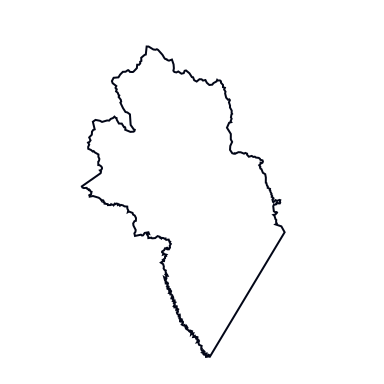 Sandia, Puno, Peru, rotated 145°
{"feature_id": "86281439B32032082656225", "entity_name": "Sandia", "entity_type": "district", "adm_level": 2, "iso_a3": "PER", "parent_name": "Peru", "parent_adm1": "Puno", "projection": "albers", "projection_center": [-69.323, -13.833], "detail": "fine", "context": "isolated", "style": "outline", "palette": "ink", "viewbox_px": 384, "rotation_deg": 145, "n_neighbors": 0, "source": "geoboundaries", "source_scale": "gbopen_adm2", "svg_char_len": 6083}
<svg xmlns="http://www.w3.org/2000/svg" viewBox="0 0 384 384"><g transform="rotate(145 192 192)"><path d="M132.5,312.0L135.5,312.8L136.6,314.3L136.6,315.3L137.6,316.2L137.8,317.6L137.5,321.3L138.3,327.9L138.9,329.1L140.2,329.4L141.9,330.9L144.1,336.0L145.7,337.2L151.0,331.1L152.2,331.5L156.6,331.1L158.3,328.4L159.8,328.4L160.7,327.0L162.4,326.6L163.9,327.7L166.1,325.1L170.6,324.2L171.6,324.2L173.9,325.9L174.2,328.2L174.8,328.6L177.4,328.6L179.7,330.1L183.5,329.4L186.5,328.1L190.7,330.5L194.0,328.8L194.6,326.6L193.2,322.2L194.8,321.3L195.1,320.6L194.7,319.3L196.5,318.0L195.9,316.0L196.5,313.4L196.2,312.8L197.6,311.9L197.4,308.5L198.2,306.6L199.4,306.3L200.4,300.3L200.6,295.7L199.3,294.2L198.3,291.2L203.8,282.1L203.8,276.7L203.2,275.8L204.1,275.0L205.2,274.9L208.0,276.6L211.0,281.3L209.9,282.5L209.8,283.8L210.5,284.1L210.3,288.3L212.6,290.0L212.2,294.3L211.4,295.9L212.0,296.4L212.3,298.2L214.3,297.9L216.7,298.5L218.9,298.0L220.5,299.3L225.5,301.0L226.6,303.2L229.7,306.4L232.9,306.4L235.8,299.1L237.3,299.5L239.3,298.8L241.2,296.4L244.9,295.7L245.5,292.5L247.5,291.8L248.8,292.1L249.0,289.8L251.2,288.5L252.2,286.9L250.7,284.5L250.0,282.0L249.1,281.9L248.9,280.2L247.1,276.4L248.5,274.5L248.9,272.2L250.3,270.9L251.4,270.6L253.3,267.8L252.4,267.1L251.7,265.1L251.7,263.8L252.3,262.8L253.8,262.1L255.0,262.5L254.9,260.8L256.1,259.8L279.0,259.8L279.2,258.6L278.4,257.3L275.9,255.8L276.0,254.6L274.9,253.3L275.4,252.7L274.6,252.1L274.8,250.5L274.2,249.8L275.9,248.1L278.0,248.3L278.2,247.6L277.7,247.0L278.1,246.7L275.4,245.5L271.7,240.8L271.0,238.8L271.0,236.5L270.3,236.8L269.5,236.0L269.8,234.5L270.3,234.3L269.7,233.4L270.3,232.6L268.0,230.4L268.4,229.5L266.3,228.1L265.3,228.4L265.1,227.6L263.8,226.7L263.8,226.1L261.9,226.7L261.7,226.0L260.6,225.9L259.6,224.9L260.2,223.9L258.9,223.6L258.9,222.1L257.6,222.2L256.2,220.6L255.6,219.0L253.4,217.2L254.5,215.4L254.8,213.5L256.1,212.3L254.9,212.2L252.7,209.0L253.2,207.3L252.4,205.5L252.8,202.8L254.5,200.6L255.8,201.1L258.2,200.0L259.2,198.1L259.9,193.2L261.2,191.8L262.9,191.2L263.9,188.7L258.3,186.3L257.9,185.0L256.9,184.6L254.2,185.6L250.8,184.0L251.2,182.4L252.0,183.4L253.2,183.2L253.3,180.8L254.2,179.3L251.5,177.9L251.6,177.4L250.9,176.7L248.6,175.4L245.5,175.6L244.1,173.8L244.5,173.2L243.8,171.5L243.2,171.9L241.7,170.5L241.3,169.5L240.4,169.1L240.8,168.4L240.6,167.6L238.4,166.4L238.8,165.1L238.5,164.0L239.0,164.0L239.3,163.0L239.1,161.6L240.9,160.9L241.9,159.1L243.8,158.3L244.4,158.7L243.7,159.2L244.3,160.6L244.9,160.8L245.6,160.1L246.4,161.3L248.3,160.3L250.6,160.4L251.1,159.7L250.5,158.1L251.6,157.3L250.2,156.9L249.0,155.4L250.0,155.3L250.0,154.4L251.3,154.4L252.1,153.2L254.6,153.1L254.1,151.9L254.6,151.4L255.6,152.0L258.0,152.0L257.0,149.4L257.9,146.9L259.1,145.7L259.2,143.9L258.5,142.7L259.5,141.7L259.7,140.4L260.9,139.8L259.8,138.7L260.0,137.6L261.0,138.8L261.5,137.4L263.2,136.7L263.7,138.1L264.5,135.9L263.2,135.5L264.8,134.5L264.5,133.6L265.4,133.0L264.6,132.2L265.7,131.8L265.1,131.1L264.3,131.6L264.1,130.9L266.0,129.4L265.6,128.4L266.7,128.5L266.0,126.1L266.7,126.3L267.0,127.3L267.6,126.9L266.7,124.9L266.0,124.6L266.0,122.7L266.4,122.4L266.3,123.4L267.2,124.4L267.6,123.7L266.9,122.3L267.8,121.7L268.3,122.6L268.8,122.4L268.1,121.5L268.5,120.4L267.7,120.0L267.4,118.5L268.1,117.5L268.8,117.6L269.5,117.0L267.9,116.5L268.2,115.8L269.2,116.0L269.6,115.0L269.5,113.4L268.9,113.8L268.4,113.2L268.9,112.7L269.9,112.9L269.0,111.3L270.6,111.2L270.4,110.0L272.3,109.0L271.2,108.1L272.3,108.1L272.6,107.6L270.6,106.4L272.5,104.5L271.8,104.0L270.8,104.3L270.6,103.8L271.8,103.1L272.2,101.9L273.4,102.2L273.9,100.8L273.6,99.2L272.4,98.6L272.8,97.9L273.8,98.2L274.4,97.6L273.7,96.3L274.8,95.6L273.5,93.6L274.1,93.4L275.1,94.1L275.7,93.3L274.0,92.9L274.0,92.4L275.1,91.9L273.9,90.9L274.5,89.9L276.4,89.3L275.6,87.6L274.3,87.3L274.9,85.0L273.4,85.5L273.6,83.3L274.1,83.2L274.8,84.1L275.2,83.0L273.8,79.9L272.9,79.5L271.8,77.9L272.3,77.5L273.7,78.2L273.3,77.1L274.4,75.9L273.1,76.1L272.0,75.5L272.8,75.0L273.2,73.2L274.2,72.5L273.1,71.9L272.2,72.2L272.6,69.6L271.8,69.7L271.5,70.7L270.8,70.0L272.9,67.0L271.6,66.8L271.7,65.9L272.4,65.5L273.2,66.3L274.0,66.0L272.8,65.5L273.9,62.9L272.4,60.4L273.8,59.1L273.7,58.3L274.5,58.1L274.9,56.6L273.7,56.1L273.4,54.4L275.6,54.5L274.9,53.5L275.6,52.8L275.4,51.8L273.7,52.2L272.8,51.5L273.9,50.9L275.1,48.9L274.3,48.4L272.0,49.4L271.4,48.4L272.8,47.7L271.9,46.8L139.2,105.9L138.5,112.6L142.2,117.6L140.6,117.6L140.4,119.1L139.0,120.8L139.2,121.8L138.1,125.2L138.4,126.5L136.5,125.8L134.2,126.3L134.2,127.0L135.4,127.7L136.0,129.3L133.6,133.8L132.4,134.5L129.9,133.6L129.5,134.4L128.4,134.7L127.5,132.9L126.6,132.3L125.8,132.7L125.2,134.2L124.4,134.7L124.8,135.3L127.4,136.0L128.2,137.4L129.7,137.0L130.7,137.5L131.2,137.0L131.3,137.5L130.4,139.7L129.1,139.7L128.8,140.2L129.5,142.3L128.6,142.7L128.5,144.5L127.9,144.8L127.6,147.4L127.0,148.3L127.2,149.0L126.3,149.8L127.6,152.0L126.7,153.1L126.9,154.2L125.9,156.8L126.2,157.3L123.2,161.5L121.8,164.6L122.9,167.1L122.0,170.9L122.5,171.9L122.3,172.9L121.6,173.3L121.6,175.4L120.2,175.4L119.0,176.7L118.1,175.6L117.4,175.6L116.4,176.3L116.1,177.5L117.5,179.1L117.3,180.3L117.8,181.7L119.9,183.6L120.3,184.9L121.7,185.6L122.4,187.3L125.2,188.3L125.5,191.0L124.9,191.8L125.9,193.4L127.4,193.6L129.3,196.6L131.2,198.0L134.6,198.6L134.7,199.2L135.6,199.2L136.8,200.7L136.7,204.7L134.2,207.8L130.4,210.0L130.0,212.9L126.9,217.3L126.5,224.6L121.9,227.4L119.8,226.7L119.8,227.8L117.5,229.3L117.3,230.8L115.2,232.9L114.3,233.0L114.2,234.0L112.8,235.9L112.4,239.5L111.3,240.9L110.3,244.3L108.3,245.5L108.3,246.5L109.6,247.0L109.9,249.7L108.3,253.8L107.0,255.0L106.9,257.5L105.3,258.5L106.5,260.1L105.2,261.9L105.6,264.8L104.8,266.1L105.1,267.3L107.0,268.6L107.1,269.4L108.5,268.5L112.0,268.9L113.8,268.3L116.4,269.7L117.2,273.0L116.8,276.0L119.1,277.0L119.5,278.8L121.2,280.1L124.8,279.8L126.1,282.3L125.3,285.3L126.2,286.2L126.0,290.7L127.2,295.0L128.5,295.5L130.6,294.1L132.8,295.0L134.1,298.6L136.2,298.9L137.6,300.4L137.7,302.0L135.9,303.7L133.9,307.1L132.5,312.0Z" fill="none" stroke="#020617" stroke-width="2"/></g></svg>